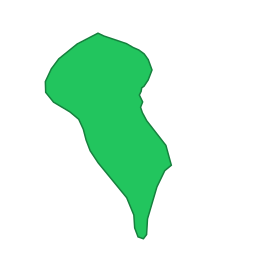 the border of Brežice, rotated 143°
{"feature_id": "SVN-938", "entity_name": "Brežice", "entity_type": "Municipality", "adm_level": 1, "iso_a3": "SVN", "parent_name": "Slovenia", "parent_adm1": "", "projection": "orthographic", "projection_center": [15.611, 45.93], "detail": "fine", "context": "isolated", "style": "filled", "palette": "green", "viewbox_px": 256, "rotation_deg": 143, "n_neighbors": 0, "source": "natural_earth", "source_scale": "10m", "svg_char_len": 682}
<svg xmlns="http://www.w3.org/2000/svg" viewBox="0 0 256 256"><g transform="rotate(143 128 128)"><path d="M182.4,30.3L185.5,35.0L182.8,44.2L175.7,55.0L171.1,72.7L171.0,72.9L171.7,91.0L172.8,118.0L171.9,132.6L168.7,143.6L164.4,154.0L162.1,164.6L164.7,175.8L171.9,193.4L172.3,206.0L166.1,214.8L153.6,221.4L141.6,224.9L117.9,225.7L94.9,221.8L94.8,221.6L91.9,216.0L78.4,196.2L75.5,189.3L72.4,183.8L70.5,177.4L70.7,170.4L73.9,159.9L83.0,154.2L90.1,151.7L92.9,151.8L95.4,149.4L99.1,147.5L100.6,140.0L105.5,137.0L107.3,131.6L108.7,122.5L108.2,91.3L115.8,72.2L124.3,71.8L140.3,63.6L167.1,43.7L177.3,31.7L182.2,30.3L182.4,30.3Z" fill="#22c55e" stroke="#15803d" stroke-width="1.5"/></g></svg>